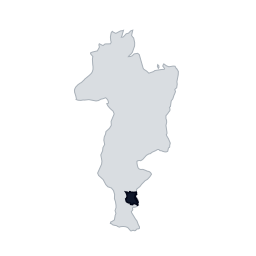 Musan, Hamgyŏng-bukto, North Korea (highlighted), rotated 139°
{"feature_id": "82179303B23816821783286", "entity_name": "Musan", "entity_type": "district", "adm_level": 2, "iso_a3": "PRK", "parent_name": "North Korea", "parent_adm1": "Hamgyŏng-bukto", "projection": "mercator", "projection_center": [129.196, 42.155], "detail": "fine", "context": "in_parent", "style": "filled", "palette": "ink", "viewbox_px": 256, "rotation_deg": 139, "n_neighbors": 0, "source": "geoboundaries", "source_scale": "gbopen_adm2", "svg_char_len": 5289}
<svg xmlns="http://www.w3.org/2000/svg" viewBox="0 0 256 256"><g transform="rotate(139 128 128)"><path d="M148.5,183.6L147.7,184.0L146.3,186.6L144.9,189.9L143.6,191.7L142.1,192.6L140.5,193.2L137.3,193.5L134.4,193.2L133.5,192.9L129.5,193.1L128.4,193.3L122.6,193.1L119.6,193.3L117.7,194.0L115.8,195.3L114.1,197.3L112.7,199.4L109.7,203.3L107.6,205.1L107.6,207.9L107.5,208.7L106.8,209.3L106.5,209.0L105.3,208.8L100.5,206.3L96.5,207.8L95.5,209.8L94.4,210.4L92.8,206.6L90.2,206.5L86.1,203.1L84.3,203.8L83.8,205.1L81.6,208.2L78.4,210.8L77.4,211.2L76.2,211.0L76.4,210.3L75.1,207.4L70.0,206.2L68.2,205.0L67.3,204.7L72.2,201.5L73.5,200.9L72.6,200.1L71.5,199.8L67.5,200.3L65.4,199.2L62.3,199.5L60.2,198.7L64.6,195.5L64.8,193.6L64.7,192.2L67.0,188.0L69.2,185.6L75.0,182.3L77.6,181.8L79.4,181.9L80.9,181.6L79.3,180.4L77.8,179.8L74.8,179.9L71.7,178.0L71.4,175.9L77.4,163.1L77.5,161.9L76.6,158.7L76.3,155.7L71.9,153.9L70.0,153.7L64.4,150.2L62.2,148.5L61.3,149.0L61.2,151.8L60.4,152.4L58.9,152.9L58.2,149.7L57.0,147.4L53.3,145.1L52.0,143.8L52.6,141.0L52.3,140.8L52.9,137.6L55.2,135.2L60.7,130.9L62.1,128.8L64.9,126.4L66.2,126.5L67.5,126.3L67.9,125.2L68.2,124.4L69.4,123.7L72.1,122.4L75.1,120.6L77.6,120.1L80.6,117.5L81.8,116.4L83.1,116.4L83.4,115.8L84.1,114.5L85.1,113.6L86.4,113.4L88.6,112.8L91.3,112.4L93.2,110.2L93.8,108.6L95.1,106.9L97.7,105.0L99.5,102.2L101.5,99.1L102.4,98.1L103.4,97.9L103.9,96.8L104.5,93.5L105.5,90.4L106.0,88.9L108.3,87.2L108.9,86.4L109.4,86.2L110.5,86.4L111.9,85.4L113.3,84.4L114.5,84.7L115.7,85.6L117.0,87.4L117.6,88.8L118.7,89.9L118.9,91.6L119.9,92.4L122.1,92.8L125.7,93.9L128.0,94.0L129.3,94.8L132.1,95.3L137.6,94.6L139.9,95.0L140.8,96.1L142.2,96.9L143.1,97.0L144.4,95.5L145.7,93.2L146.5,91.4L146.5,89.9L145.7,88.4L143.9,87.0L142.7,84.8L141.6,82.5L140.9,81.7L140.4,80.6L140.3,78.9L140.6,77.7L143.4,76.9L146.9,76.5L149.8,77.0L154.6,76.6L157.5,76.0L159.7,76.1L161.7,76.1L162.6,75.1L165.4,72.7L166.8,71.9L168.2,70.2L168.5,68.6L168.8,67.2L169.6,65.7L171.1,63.9L172.3,63.1L173.7,63.2L175.2,64.0L176.1,64.9L177.2,64.6L178.0,63.2L178.6,62.9L180.3,62.8L180.8,61.9L181.5,57.7L182.1,54.4L182.2,52.1L183.7,48.2L184.2,45.9L185.1,44.8L186.1,44.9L187.0,45.6L188.1,46.0L189.5,45.6L190.5,46.2L191.2,47.5L193.3,48.3L193.5,49.0L193.5,53.1L194.6,55.1L196.2,56.8L198.3,58.4L199.5,58.8L200.2,60.0L200.8,61.9L202.4,63.9L203.2,65.3L203.3,66.7L204.0,67.5L202.8,68.4L201.2,67.9L198.5,67.6L195.1,70.4L193.2,71.4L191.9,74.2L189.2,75.8L187.7,77.6L185.8,80.6L184.6,83.6L181.7,86.6L180.0,90.3L179.9,93.6L181.8,96.9L181.9,99.7L180.6,105.4L181.3,111.5L180.5,113.9L171.7,118.0L169.4,120.1L166.2,125.5L162.2,127.4L159.8,129.6L156.4,130.9L154.2,134.7L151.8,136.8L149.0,138.1L146.9,139.8L142.1,139.9L138.8,141.0L136.4,144.1L129.2,147.7L128.2,150.4L128.7,154.5L128.7,157.7L128.1,160.3L126.5,159.6L125.7,160.4L124.8,162.8L125.0,165.5L127.5,166.4L129.5,167.5L132.3,168.1L134.4,169.4L138.9,175.1L142.5,177.6L143.5,178.6L145.5,179.8L147.5,181.8L148.5,183.6ZM65.3,155.4L64.0,156.3L63.9,154.7L65.0,153.3L66.0,153.1L65.3,155.4Z" fill="#d9dde1" stroke="#a8b0b8" stroke-width="1"/><path d="M176.3,76.0L176.6,75.3L177.1,74.5L177.4,73.7L177.5,73.3L177.3,72.7L177.1,72.1L176.8,71.4L176.5,70.9L176.1,70.6L175.8,70.5L175.5,70.3L175.6,69.8L175.8,69.2L176.1,69.0L176.2,68.7L175.6,68.3L175.4,67.7L175.1,67.3L174.5,67.1L174.0,67.4L173.6,67.6L173.1,67.4L172.8,66.8L172.4,66.2L172.1,65.7L171.9,65.3L171.5,64.8L171.4,64.5L171.6,64.0L171.6,63.9L171.5,63.7L171.5,63.4L171.4,63.4L171.3,63.5L171.2,63.8L171.1,63.7L170.9,63.6L170.9,63.8L170.9,64.0L171.0,64.1L170.9,64.2L170.8,64.3L171.0,64.5L171.2,64.8L170.9,64.8L170.7,64.7L170.6,64.8L170.6,65.0L170.4,65.0L170.3,64.9L170.2,64.8L169.9,64.9L169.9,65.1L169.8,65.3L169.7,65.3L169.7,65.2L169.4,65.0L169.2,65.2L169.1,65.3L169.2,65.5L169.0,65.8L168.9,65.9L169.0,66.0L169.3,66.2L169.5,66.3L169.6,66.5L169.6,66.8L169.5,67.0L169.4,67.0L169.2,67.1L168.9,67.2L168.7,67.0L168.6,66.9L168.4,67.0L168.2,67.1L168.3,67.3L168.5,67.4L168.5,67.5L168.8,67.5L168.8,67.4L169.0,67.3L169.2,67.5L168.9,67.8L168.5,67.9L168.4,68.0L168.5,68.2L168.8,68.2L169.0,68.2L168.9,68.3L168.8,68.5L168.7,68.8L168.4,68.8L168.1,68.8L167.9,68.8L167.8,69.0L167.8,69.3L167.8,69.5L167.7,69.6L167.8,69.7L168.0,69.7L168.3,69.5L168.5,69.7L168.4,69.7L168.4,69.8L168.2,69.9L168.2,70.0L168.3,70.1L168.4,70.3L168.5,70.4L168.8,70.3L168.8,70.5L168.7,70.8L168.6,70.7L168.4,70.6L168.3,70.8L168.2,70.8L168.2,70.7L168.1,70.8L168.1,71.0L167.8,71.3L167.7,71.3L167.4,71.3L167.3,71.5L167.4,71.8L167.5,71.9L167.5,72.0L167.4,72.1L167.2,72.0L166.9,72.0L166.7,72.1L166.6,72.3L166.6,72.5L166.4,72.6L166.3,72.8L166.2,72.9L166.0,72.7L165.9,72.7L165.8,72.8L165.7,72.8L165.5,72.7L165.4,72.4L165.3,72.2L165.2,72.2L165.2,72.3L165.1,72.5L165.3,72.8L165.2,72.9L164.9,72.9L164.8,73.0L164.7,73.0L164.4,73.2L164.4,73.3L164.2,73.4L164.2,73.5L164.4,73.5L164.5,73.5L164.4,73.7L164.3,73.8L164.3,74.0L164.2,74.0L163.9,74.1L163.9,74.4L164.5,74.4L164.8,74.8L165.0,75.0L165.4,75.3L165.9,75.7L166.4,76.1L166.9,76.7L167.6,77.2L168.0,77.7L168.1,77.9L168.1,78.5L168.3,78.7L168.6,78.9L169.3,78.6L169.7,78.5L170.2,78.7L170.6,79.2L170.8,79.6L170.7,80.1L171.1,80.6L171.6,80.9L171.8,81.2L172.0,79.9L172.3,79.3L172.5,78.6L172.8,78.0L173.2,77.5L173.7,76.7L174.1,76.4L174.5,76.5L174.9,76.2L175.2,75.9L175.7,76.0L176.3,76.0Z" fill="#0f172a" stroke="#020617" stroke-width="1.5"/></g></svg>